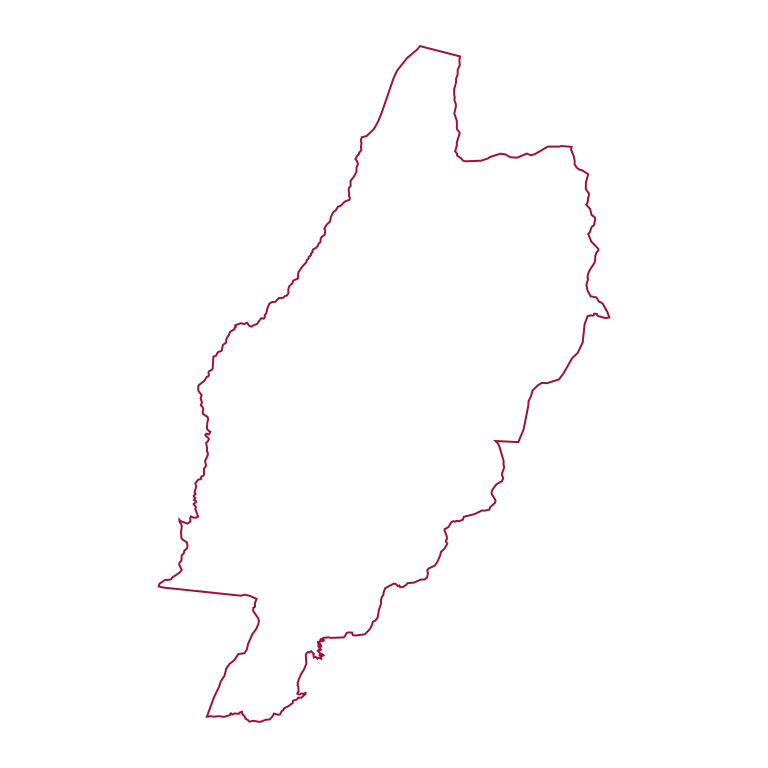 Guachipas, Salta, Argentina
{"feature_id": "61730980B8942789897843", "entity_name": "Guachipas", "entity_type": "district", "adm_level": 2, "iso_a3": "ARG", "parent_name": "Argentina", "parent_adm1": "Salta", "projection": "orthographic", "projection_center": [-65.567, -25.704], "detail": "fine", "context": "isolated", "style": "outline", "palette": "rose", "viewbox_px": 768, "rotation_deg": 0, "n_neighbors": 0, "source": "geoboundaries", "source_scale": "gbopen_adm2", "svg_char_len": 6111}
<svg xmlns="http://www.w3.org/2000/svg" viewBox="0 0 768 768"><path d="M179.4,519.8L179.5,521.7L181.0,523.7L181.8,526.5L181.0,531.9L181.4,538.0L182.5,539.5L186.9,542.4L187.5,545.9L187.0,548.4L184.2,550.9L183.9,553.0L181.7,555.5L181.4,560.5L179.5,562.7L179.2,564.6L181.7,569.9L179.9,572.3L172.0,577.7L171.4,579.0L169.4,579.8L165.1,579.9L159.4,583.8L158.7,586.5L163.7,587.6L240.8,595.7L244.5,594.7L249.7,595.8L256.6,598.9L254.9,603.0L255.0,606.7L253.2,607.8L253.2,611.0L258.0,618.0L258.9,620.6L258.4,623.9L256.2,629.0L252.5,634.0L248.2,643.6L246.8,649.6L244.5,653.2L238.3,654.1L234.2,660.3L229.6,663.8L226.2,668.7L224.5,675.7L220.8,681.3L219.2,686.6L214.1,696.9L206.9,716.7L210.9,716.2L213.8,716.7L218.3,716.2L224.3,716.8L230.1,715.1L230.2,713.9L231.0,713.3L232.3,714.5L234.5,713.4L238.0,713.8L239.4,713.5L239.6,712.6L241.9,711.7L242.4,714.4L244.3,715.9L245.4,718.6L247.6,719.8L249.3,721.6L253.7,720.8L259.1,721.9L261.6,721.5L265.2,719.9L269.7,719.4L272.4,716.5L274.0,713.6L278.6,714.8L280.1,714.4L281.6,711.1L283.3,710.2L284.0,708.4L289.1,705.7L292.7,703.0L293.1,700.6L296.9,699.5L298.2,697.6L301.1,697.8L305.6,694.0L305.5,692.9L303.7,693.8L301.5,693.5L299.5,694.5L297.4,693.8L297.5,692.8L298.6,691.5L298.3,686.9L297.5,685.3L298.0,684.2L297.6,682.8L299.0,678.9L301.3,673.7L304.1,669.3L306.3,663.7L305.8,655.4L306.4,653.5L307.7,652.1L309.5,652.5L311.2,651.2L313.9,654.1L313.4,654.7L313.8,657.5L315.7,656.9L317.4,658.6L317.7,658.0L319.1,657.9L321.2,658.7L320.8,656.6L323.5,655.4L323.1,654.8L319.7,655.4L319.7,654.7L321.4,654.4L321.5,653.9L320.6,653.7L317.8,650.8L319.0,649.5L320.6,650.1L320.9,649.7L318.2,646.0L318.5,644.8L319.1,644.8L320.5,646.7L321.2,646.5L320.4,644.0L318.2,643.0L318.0,641.9L321.2,641.3L320.3,640.0L321.1,638.9L321.8,639.0L322.4,640.8L323.6,640.8L323.9,640.2L322.9,639.1L323.1,637.9L328.6,637.3L330.8,637.9L343.7,637.4L344.9,636.3L346.6,633.0L348.4,632.4L352.0,632.6L352.9,635.2L355.6,635.5L364.8,634.3L369.9,629.1L372.1,624.8L372.9,621.6L375.3,620.7L377.5,617.8L379.1,609.3L381.0,603.9L380.9,600.2L381.9,596.9L383.4,595.0L383.5,592.7L385.2,588.2L393.8,583.6L396.1,584.2L397.8,586.1L399.4,585.5L400.2,587.2L402.7,587.1L406.6,584.6L407.6,583.1L413.8,582.6L421.1,579.5L424.5,579.5L427.1,577.4L427.9,573.7L427.3,570.3L428.4,568.6L434.8,565.6L437.3,562.0L440.2,555.3L441.1,551.7L444.5,548.7L447.3,543.7L445.7,541.1L447.0,538.7L446.6,535.8L444.5,530.5L444.6,529.2L448.4,527.1L451.4,522.2L453.3,521.1L454.9,521.8L456.6,520.8L459.1,521.2L462.9,519.7L463.8,516.8L474.5,514.1L482.1,510.4L484.8,510.7L489.5,509.5L489.9,507.4L494.7,503.1L495.5,501.4L495.3,499.9L491.8,494.2L491.6,492.2L492.5,489.5L496.5,484.2L502.0,481.1L503.2,478.1L501.9,474.8L502.0,473.6L504.1,467.5L503.5,464.3L503.6,460.9L499.5,446.9L498.2,443.8L495.5,441.0L518.3,442.1L523.6,429.4L528.3,405.7L528.6,401.0L530.8,396.7L532.5,390.5L537.9,385.2L542.0,382.8L547.0,383.2L559.0,379.4L563.7,373.1L572.0,358.3L577.5,353.2L582.7,342.4L584.6,324.1L587.6,316.1L591.1,315.3L592.3,315.8L593.7,315.2L594.2,313.6L597.0,314.0L597.3,315.4L598.3,316.2L605.8,318.1L609.3,317.4L607.3,311.9L602.8,303.8L600.5,302.1L599.1,301.9L596.4,297.4L590.7,296.4L587.5,290.5L586.4,284.8L588.0,279.4L587.5,277.1L588.2,273.6L589.2,270.9L594.5,262.8L595.2,259.8L595.2,256.2L596.3,252.8L598.4,250.3L598.2,248.7L591.3,241.6L588.2,234.1L589.8,232.3L591.6,227.0L593.9,225.2L595.3,218.9L594.6,217.2L591.5,214.8L590.1,208.8L586.2,204.7L587.4,202.7L588.1,200.0L587.9,198.3L588.8,196.1L589.0,193.6L585.8,189.2L585.9,182.6L588.2,174.2L581.8,170.1L579.3,169.6L576.5,167.4L574.5,164.1L574.7,161.0L573.8,156.4L571.1,149.8L571.6,146.9L561.6,146.0L559.6,146.6L547.8,146.6L535.3,153.9L531.4,155.3L526.7,153.6L517.2,157.7L510.3,157.2L505.2,154.3L500.3,153.7L489.7,157.1L487.8,158.5L481.2,160.7L465.6,161.3L463.1,160.7L460.9,158.2L457.1,155.5L457.1,153.7L455.1,151.4L456.8,145.7L456.8,142.5L459.6,133.4L459.5,132.4L456.9,129.0L456.8,120.7L454.3,113.6L455.9,106.4L455.8,104.1L454.3,99.8L454.8,97.4L454.2,95.5L454.1,89.6L455.9,82.9L456.2,78.2L457.6,74.9L457.7,69.6L459.8,65.2L459.3,60.7L460.0,56.4L420.0,46.1L417.3,49.4L406.8,58.3L397.3,70.3L393.6,78.1L381.6,112.9L378.3,121.1L374.0,128.9L366.7,136.0L361.7,137.3L360.8,140.3L361.5,143.3L360.8,147.2L361.4,149.4L361.1,150.6L358.9,152.9L359.1,153.9L357.1,156.0L355.4,159.1L356.9,161.0L358.0,164.1L356.5,167.4L356.5,171.7L354.2,176.2L350.5,180.9L350.6,186.1L349.0,187.9L348.6,189.5L349.2,193.5L348.9,195.7L349.9,198.2L349.5,199.7L344.8,201.6L340.8,205.7L337.9,206.7L335.7,210.3L333.2,212.3L330.9,217.0L330.0,221.6L326.6,224.7L324.3,228.7L325.2,230.4L324.8,234.6L321.9,236.7L320.7,238.6L320.4,242.0L318.6,243.6L318.1,245.5L315.8,248.0L313.4,249.2L312.4,250.8L312.5,252.3L310.9,253.6L310.9,255.4L308.7,256.9L308.6,258.4L306.6,260.4L306.3,262.3L302.5,266.3L298.4,272.3L297.8,278.6L293.4,280.5L292.3,283.2L289.2,286.4L288.3,289.4L288.5,293.0L287.0,295.4L284.5,296.3L283.3,297.7L278.7,298.1L275.4,301.8L271.9,302.1L269.4,303.6L267.4,308.3L266.2,313.5L264.7,315.1L264.9,317.3L263.6,318.7L261.6,318.2L260.8,318.6L256.9,324.2L254.1,324.9L251.5,326.6L249.5,326.1L247.1,322.8L244.3,324.0L240.8,323.2L235.2,325.4L235.8,326.9L234.6,327.7L234.6,329.1L230.1,331.8L228.8,335.2L226.9,337.8L226.2,340.1L226.2,342.5L222.9,345.0L221.7,350.4L221.1,351.2L218.4,351.8L217.2,353.2L216.3,355.5L213.4,356.7L212.7,368.6L211.8,369.8L208.8,371.5L208.5,372.5L208.9,375.4L208.1,376.5L206.8,376.8L204.5,380.6L198.5,385.4L198.1,388.9L198.5,390.9L201.6,395.2L200.6,398.6L202.0,402.4L200.8,405.3L202.7,407.2L203.3,408.8L202.7,411.6L203.0,414.0L207.5,416.9L208.2,419.7L207.4,421.8L206.9,428.5L208.2,430.4L210.4,431.9L208.9,434.4L206.2,433.7L205.4,434.7L205.6,435.7L208.4,438.0L208.9,439.1L207.9,441.2L206.1,442.9L207.1,448.5L206.8,450.8L207.8,452.9L207.7,455.3L205.1,460.9L206.0,465.8L204.0,468.7L203.9,474.9L202.7,476.2L201.3,476.6L200.8,479.1L198.3,479.6L195.3,483.3L196.2,486.5L194.6,492.2L195.6,493.9L193.8,495.5L194.1,497.0L195.3,498.0L193.9,499.9L196.0,501.1L196.2,501.9L193.6,504.0L195.9,507.0L195.3,509.0L198.1,516.7L196.2,517.7L192.9,517.5L190.8,516.4L190.2,517.9L190.4,521.5L187.5,523.6L180.5,521.0L179.4,519.8Z" fill="none" stroke="#9f1239" stroke-width="2"/></svg>